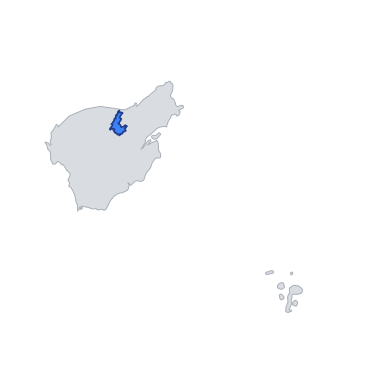 Morona, Morona Santiago, Ecuador (highlighted), rotated 214°
{"feature_id": "8360857B55598712606622", "entity_name": "Morona", "entity_type": "district", "adm_level": 2, "iso_a3": "ECU", "parent_name": "Ecuador", "parent_adm1": "Morona Santiago", "projection": "equal_earth", "projection_center": [-78.014, -2.429], "detail": "fine", "context": "in_parent", "style": "filled", "palette": "blue", "viewbox_px": 384, "rotation_deg": 214, "n_neighbors": 0, "source": "geoboundaries", "source_scale": "gbopen_adm2", "svg_char_len": 7826}
<svg xmlns="http://www.w3.org/2000/svg" viewBox="0 0 384 384"><g transform="rotate(214 192 192)"><path d="M341.6,151.1L340.5,151.9L338.1,152.3L336.1,151.5L335.3,151.5L335.2,152.3L337.8,154.6L339.0,158.5L340.8,160.9L342.0,162.1L342.0,163.0L341.7,164.6L341.6,165.9L342.2,171.9L341.8,172.3L340.4,172.3L339.3,171.2L336.3,186.2L326.8,201.0L316.0,211.6L303.5,217.7L294.4,222.0L293.0,223.6L288.5,231.1L288.3,231.8L288.9,233.1L288.9,233.9L288.3,234.4L287.7,234.5L287.4,234.1L287.2,233.2L286.6,232.3L285.9,232.0L285.5,232.2L285.5,233.1L284.6,237.1L284.5,239.0L284.1,239.8L284.2,241.6L283.2,243.2L282.5,245.9L281.8,246.7L280.8,250.9L279.4,255.1L279.3,256.5L279.7,257.5L279.9,258.4L279.3,260.9L276.1,263.5L275.2,264.7L274.9,266.1L275.1,267.2L275.0,268.2L274.0,268.6L272.9,270.9L272.2,271.5L270.1,270.7L268.7,270.7L267.5,269.9L265.2,265.9L264.4,263.6L264.1,260.4L261.9,258.3L259.0,258.8L258.1,258.1L255.9,256.7L254.1,255.1L252.7,254.4L251.7,254.7L249.9,257.3L248.3,258.5L247.5,258.4L246.5,257.7L246.3,256.8L248.8,252.2L247.0,252.1L246.3,251.2L246.2,250.0L245.9,248.8L246.3,247.3L247.3,246.5L248.7,247.2L249.7,247.2L250.4,245.8L251.7,244.8L252.0,244.1L251.3,241.8L251.1,240.6L251.3,239.9L251.2,237.5L250.8,236.6L250.8,235.3L250.4,234.6L250.2,232.9L249.3,232.0L252.3,230.4L253.4,229.2L254.8,228.0L255.9,226.3L256.7,224.6L258.5,216.9L260.2,212.0L259.9,209.7L258.5,206.6L258.2,201.9L258.3,200.5L258.1,199.4L257.2,201.4L257.4,208.2L256.6,211.3L255.4,212.0L254.7,211.5L255.1,206.5L254.3,207.4L252.9,210.8L250.7,213.3L250.6,214.2L250.0,215.2L248.3,214.2L247.0,213.2L242.7,207.6L239.9,206.4L238.2,204.4L237.8,203.6L237.6,202.4L239.3,201.2L241.1,199.7L241.3,196.2L241.2,193.4L239.9,188.7L240.5,182.6L240.2,180.2L238.7,175.0L239.8,172.5L243.8,170.6L245.1,169.4L246.0,165.3L246.9,162.9L248.7,163.9L250.0,163.7L248.2,162.8L246.6,159.2L246.4,157.5L249.3,152.5L250.9,151.2L252.8,148.6L254.4,144.6L254.8,138.3L254.1,133.8L253.6,129.1L254.6,127.8L257.0,127.2L259.0,125.7L260.0,124.3L262.3,124.5L265.0,122.3L269.3,121.2L275.4,118.7L276.7,116.5L276.1,112.5L278.3,114.9L279.4,116.8L282.5,118.9L286.1,122.6L288.5,124.5L291.2,126.3L295.0,128.1L297.3,127.8L298.3,130.6L299.1,131.4L301.3,132.4L301.6,132.7L302.4,137.9L302.9,138.7L304.8,139.5L307.1,139.9L308.1,139.7L310.1,141.1L313.3,142.3L314.4,142.5L314.9,142.2L315.1,141.7L316.0,141.8L317.4,142.5L319.4,142.6L320.6,142.0L320.9,139.1L321.4,138.4L322.8,137.4L323.5,137.6L327.2,139.9L328.0,140.7L328.9,142.3L330.7,144.7L332.6,146.2L335.5,146.9L338.3,149.4L341.6,151.1ZM48.8,147.8L49.9,149.4L50.6,153.9L54.2,158.7L54.7,161.4L54.4,162.6L54.5,163.1L56.3,165.0L57.5,167.0L55.5,171.6L51.4,173.6L47.0,173.5L46.1,173.0L44.9,171.2L44.7,169.7L45.4,168.2L47.7,165.9L51.1,163.8L51.6,162.2L50.2,160.7L49.2,157.6L47.0,155.5L45.9,149.0L45.2,148.7L43.7,149.6L43.0,148.8L42.8,148.4L44.5,146.9L44.8,145.8L47.2,145.3L48.2,146.2L48.8,147.8ZM66.0,167.5L65.0,167.5L62.2,165.1L62.4,162.8L63.5,161.2L67.2,160.4L68.7,161.9L68.6,164.7L67.3,166.7L66.3,167.1L66.0,167.5ZM252.8,221.8L252.5,222.7L250.7,222.6L250.2,222.3L250.7,217.8L251.1,216.3L252.6,214.9L253.8,214.3L255.3,214.4L256.9,215.7L255.0,218.0L253.5,218.6L252.8,221.8ZM46.0,159.8L44.1,160.2L42.6,159.4L41.9,158.1L41.8,156.1L41.9,155.4L45.4,154.7L46.5,156.4L46.5,158.8L46.0,159.8ZM82.7,170.9L80.6,171.9L79.4,171.0L79.3,170.4L80.5,168.8L81.6,168.0L82.7,166.2L84.6,165.2L85.1,165.4L85.5,165.8L85.7,166.4L85.0,167.8L83.9,168.8L82.7,170.9ZM61.6,156.7L60.7,157.4L57.3,156.6L56.2,155.1L57.1,153.2L57.8,152.4L59.9,153.1L62.0,155.3L61.6,156.7ZM64.4,181.5L63.6,181.5L62.6,180.5L63.4,178.6L64.8,179.6L65.2,180.3L64.4,181.5ZM275.2,117.5L274.2,117.7L273.7,116.5L274.9,115.2L275.4,114.9L275.2,117.5Z" fill="#d9dde1" stroke="#a8b0b8" stroke-width="1"/><path d="M282.7,210.2L283.2,210.2L283.3,210.0L283.6,209.9L283.7,210.0L283.8,210.2L284.1,210.2L284.3,210.3L284.6,210.2L284.6,209.9L284.5,209.6L284.5,209.4L284.8,209.5L284.8,209.4L285.1,209.1L285.1,208.6L285.4,208.2L285.7,207.7L285.9,207.5L286.0,207.3L286.2,207.1L286.3,206.6L286.5,206.4L287.2,206.4L287.4,206.2L287.5,206.2L287.8,206.6L287.9,206.8L288.2,206.9L288.3,207.2L288.5,207.4L288.9,207.6L289.0,207.6L290.0,207.6L290.4,207.4L290.5,207.5L290.6,207.8L290.8,207.7L291.0,207.6L291.4,207.5L291.5,207.6L291.7,207.8L291.4,208.2L291.2,208.3L291.1,208.5L291.1,209.4L291.4,209.9L291.5,210.3L291.4,210.5L291.2,210.8L291.1,211.1L291.2,211.8L291.3,211.9L291.3,212.0L291.4,212.5L291.5,212.5L291.5,213.1L291.8,213.1L292.0,213.0L292.3,212.8L292.9,213.4L293.0,213.4L293.6,213.3L293.8,213.7L293.9,214.2L294.0,214.4L293.9,214.7L293.9,214.9L293.9,215.0L293.9,215.3L293.8,215.5L293.8,215.8L293.8,216.0L293.8,216.3L293.8,216.6L293.8,216.8L293.9,217.0L293.8,217.3L293.8,217.5L293.8,217.9L293.9,218.1L293.6,218.4L293.7,218.6L293.8,218.8L294.0,218.8L294.0,218.6L294.0,218.3L294.1,218.2L294.3,218.1L294.4,217.9L294.6,218.0L294.7,218.3L295.1,218.5L295.3,218.4L295.6,218.2L295.5,217.9L295.9,217.8L296.0,217.8L296.3,217.7L296.6,217.6L296.8,217.8L296.9,218.0L297.1,218.4L297.1,218.5L297.3,218.6L297.4,218.8L297.4,218.7L297.6,218.8L297.6,218.7L297.7,218.4L297.8,218.4L297.8,218.2L297.8,217.9L297.9,218.0L298.0,218.0L298.0,217.8L298.1,217.7L298.2,217.8L298.3,217.8L298.3,217.6L298.1,217.6L298.2,217.4L298.1,217.6L297.8,217.0L297.9,216.9L298.1,216.6L297.9,216.5L298.0,216.4L297.8,216.1L297.8,215.9L297.6,215.8L297.7,215.7L297.7,215.4L297.6,215.2L297.7,214.9L297.6,215.0L297.5,214.9L297.6,214.7L297.5,214.4L297.6,214.2L297.4,214.2L297.2,214.2L297.1,213.9L297.2,213.7L297.3,213.7L297.3,213.4L297.3,213.2L297.5,213.3L297.5,213.2L297.8,213.2L297.7,213.0L297.7,212.9L297.6,212.6L297.4,212.5L297.4,212.3L297.3,212.1L297.2,212.0L297.2,211.9L297.3,211.9L297.2,211.8L297.1,211.7L297.0,211.4L297.1,211.5L297.1,211.4L297.0,211.2L296.9,210.9L296.9,211.0L296.9,210.7L296.7,210.5L296.7,210.4L296.8,210.3L296.7,210.2L296.8,210.1L296.7,210.1L296.8,210.0L296.8,209.9L296.7,209.9L296.6,209.7L296.8,209.4L297.0,209.4L296.9,209.3L296.9,209.2L296.8,209.3L296.8,209.2L296.7,209.1L296.8,208.8L296.8,208.7L296.9,208.3L296.7,208.2L296.9,207.9L296.7,207.8L296.5,207.7L296.5,207.3L296.5,206.9L296.5,206.3L296.4,206.3L296.5,206.1L296.4,205.5L296.5,205.5L296.4,205.3L296.5,205.1L296.5,204.4L296.8,204.1L296.9,203.8L296.7,203.7L296.8,203.5L296.8,203.4L296.8,203.2L296.6,203.2L296.3,203.3L296.2,203.4L296.1,203.5L295.6,203.2L295.3,203.2L295.2,203.1L295.3,202.4L295.2,201.9L295.4,201.3L295.3,201.1L295.4,200.6L295.3,199.8L295.5,199.4L295.4,199.2L295.4,198.8L295.4,198.3L295.4,198.2L295.1,198.0L294.9,198.3L294.5,198.0L294.4,198.0L294.4,198.5L294.4,198.8L294.2,199.3L294.0,199.8L293.9,199.7L293.7,199.5L293.2,199.6L293.2,199.8L292.5,200.6L292.1,200.7L291.8,200.6L291.7,200.7L291.3,200.7L291.2,200.6L291.2,200.3L291.4,200.3L291.3,199.8L291.3,199.5L291.1,199.3L290.9,199.2L291.0,199.1L290.8,199.1L290.7,199.0L290.4,198.7L289.9,198.4L289.7,198.2L289.5,198.3L289.3,198.2L289.2,198.3L289.2,198.1L288.8,198.2L288.2,198.4L288.0,198.2L287.8,198.3L287.7,198.3L287.2,198.1L286.8,198.4L286.7,198.4L286.6,198.2L286.3,198.1L286.0,197.9L285.6,197.9L285.2,198.6L285.2,198.9L284.9,199.0L284.8,198.9L284.6,198.7L284.4,198.8L284.3,198.7L284.2,198.5L283.9,198.6L283.7,198.4L283.6,198.5L283.5,199.4L283.7,199.5L283.8,199.7L283.8,199.8L283.9,200.0L283.7,200.2L283.6,200.7L283.2,200.8L283.0,201.0L282.8,200.8L282.6,200.9L282.4,201.2L282.4,201.4L282.4,201.6L282.6,201.6L282.6,202.0L282.7,202.6L282.7,202.8L282.9,203.0L282.8,203.4L282.7,203.4L282.7,203.7L282.6,203.8L282.4,203.7L282.3,203.8L282.1,203.7L281.9,203.9L281.9,204.1L282.0,204.3L282.0,204.5L281.8,205.0L281.6,205.3L281.3,205.3L281.1,205.4L281.1,205.6L281.2,205.9L281.3,205.9L281.6,205.8L281.7,206.0L281.8,206.0L282.0,206.2L282.2,206.5L282.4,206.5L283.0,206.8L282.9,207.2L283.0,207.3L282.9,207.6L283.1,208.1L283.3,208.0L283.2,208.3L283.0,208.5L282.9,208.7L283.0,208.8L282.9,208.8L283.0,209.0L282.7,210.2Z" fill="#3b82f6" stroke="#1e3a8a" stroke-width="1.5"/></g></svg>